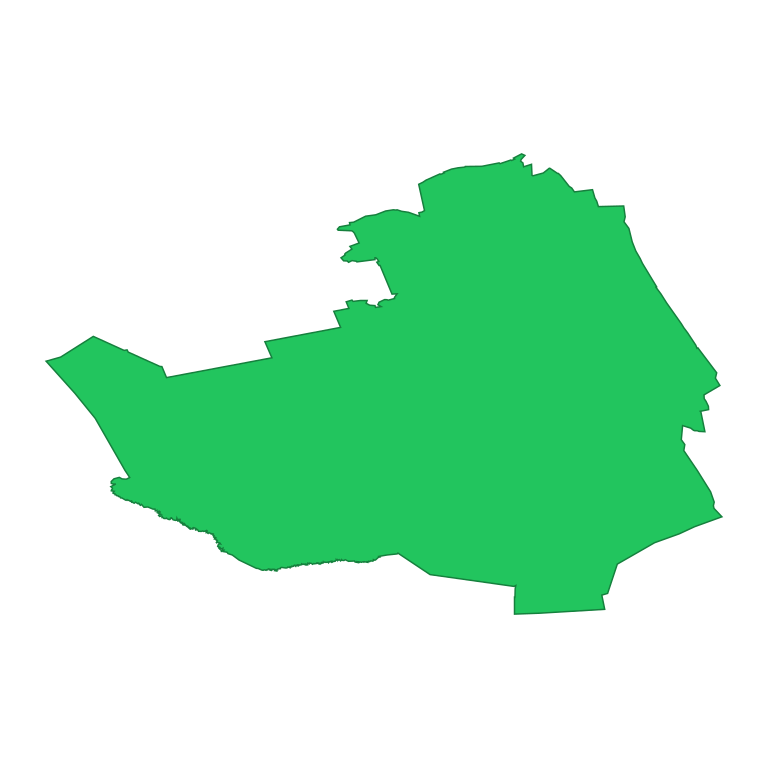 the district of Allažu pag., Siguldas, Latvia
{"feature_id": "27541924B773256443611", "entity_name": "Allažu pag.", "entity_type": "district", "adm_level": 2, "iso_a3": "LVA", "parent_name": "Latvia", "parent_adm1": "Siguldas", "projection": "equal_earth", "projection_center": [24.751, 57.056], "detail": "fine", "context": "isolated", "style": "filled", "palette": "green", "viewbox_px": 768, "rotation_deg": 0, "n_neighbors": 0, "source": "geoboundaries", "source_scale": "gbopen_adm2", "svg_char_len": 6114}
<svg xmlns="http://www.w3.org/2000/svg" viewBox="0 0 768 768"><path d="M46.1,361.2L74.9,393.3L95.2,418.3L125.0,470.4L129.7,477.5L126.3,479.2L122.1,478.9L119.3,477.4L114.0,478.8L111.2,481.5L111.3,483.5L113.6,484.1L115.8,484.0L110.8,486.6L112.4,488.1L112.4,488.9L111.4,490.1L111.3,490.8L114.2,491.3L113.1,492.6L113.1,493.3L115.0,493.8L115.0,494.7L116.2,494.9L116.6,495.6L118.3,495.9L118.5,496.5L119.7,496.6L120.6,497.9L122.0,498.0L125.4,500.0L126.2,500.3L127.0,499.6L127.9,500.4L128.6,500.2L130.2,501.2L131.3,501.0L131.1,501.5L131.8,501.7L131.8,502.2L132.9,502.0L132.5,502.3L134.2,503.2L135.5,502.2L137.9,503.7L139.2,502.9L139.0,503.2L139.4,503.8L139.4,504.5L140.5,505.3L141.5,504.4L144.0,507.3L147.9,507.0L153.0,509.1L155.0,509.1L155.3,510.9L156.9,510.4L156.8,511.0L158.5,512.3L158.4,511.9L159.1,511.1L160.1,512.0L159.5,512.8L158.0,513.0L160.6,514.2L159.5,514.4L158.6,515.4L159.7,516.5L161.3,515.9L162.2,516.3L162.0,517.5L162.8,517.5L164.0,518.5L165.8,518.5L167.1,517.8L166.7,518.3L167.2,518.8L169.2,519.6L170.1,519.4L170.5,518.1L171.5,517.8L171.6,518.5L172.4,518.7L173.1,519.8L175.6,520.4L177.4,520.1L176.6,519.8L176.9,518.2L177.4,519.5L180.1,519.3L180.2,519.9L179.7,520.7L177.7,520.5L177.8,521.0L178.8,520.8L180.0,521.8L180.6,521.9L180.3,522.5L180.6,522.8L182.0,522.6L181.8,523.0L183.0,523.3L182.5,524.0L182.9,524.9L183.8,525.0L183.2,524.5L184.2,524.6L184.5,523.8L186.5,526.2L187.7,526.1L187.9,526.4L187.4,526.7L189.0,527.5L188.4,527.6L189.8,528.9L190.4,528.5L190.6,529.1L191.7,528.7L192.9,529.1L193.2,528.6L192.9,527.9L193.7,527.6L195.9,528.5L195.3,529.1L195.6,530.0L197.5,529.6L198.6,531.3L201.4,531.4L202.8,530.9L203.4,531.4L204.8,531.2L206.7,530.4L207.2,530.9L206.0,531.6L206.8,532.1L206.4,532.6L207.2,532.6L208.1,533.4L208.5,532.9L209.7,532.9L211.2,534.0L211.5,533.6L213.1,534.0L212.8,534.4L213.8,535.4L213.2,535.7L214.1,536.9L215.3,537.5L214.5,537.8L215.1,538.1L214.8,538.7L215.4,538.5L215.9,538.9L216.0,539.7L217.2,540.0L216.5,540.1L217.3,540.6L216.9,541.0L217.2,541.8L216.4,542.4L216.7,542.8L217.4,542.3L219.9,543.0L220.4,543.8L219.1,543.3L219.3,543.7L218.1,545.0L217.7,546.5L219.6,547.2L218.9,547.8L219.0,548.4L220.2,549.4L220.7,548.3L221.7,549.0L222.9,548.2L222.7,549.9L221.2,550.8L221.4,551.4L223.9,550.4L223.4,551.6L227.0,552.2L228.0,553.6L232.3,555.0L239.0,560.0L256.3,568.3L258.2,568.5L261.6,570.0L263.1,570.3L264.3,569.8L266.1,570.3L266.4,569.8L267.6,569.9L268.3,568.9L269.9,569.2L269.6,569.9L271.4,570.5L271.7,570.3L271.2,569.7L271.8,569.3L274.4,569.3L275.2,569.6L274.6,570.6L276.7,571.0L276.4,570.0L277.5,570.0L277.3,569.4L278.2,568.9L280.4,568.7L280.4,567.8L281.6,567.4L285.7,568.0L287.0,567.9L287.9,567.0L290.1,567.7L290.1,566.7L291.5,566.9L291.9,566.1L292.6,566.5L293.6,566.2L293.7,565.6L294.5,565.2L295.4,566.0L295.4,565.4L296.1,565.3L296.9,565.9L298.0,565.5L298.5,565.9L298.7,565.7L298.0,564.8L300.4,565.0L301.6,564.7L301.7,563.8L303.0,564.4L303.9,564.0L304.4,564.5L305.5,564.1L305.6,564.9L307.0,565.0L307.3,564.9L306.3,564.3L307.5,564.4L307.9,563.1L309.3,563.9L309.7,563.1L311.4,563.4L312.6,564.3L313.9,563.5L314.4,563.8L317.0,563.4L316.9,562.9L317.5,562.8L318.5,563.1L318.4,563.5L319.2,564.1L320.1,563.3L320.6,563.8L320.7,563.4L321.9,563.2L321.8,562.6L322.9,562.9L323.2,561.9L323.6,562.6L324.7,562.0L325.9,562.4L327.9,562.1L328.5,562.8L329.2,561.7L330.0,561.9L330.6,561.4L331.8,562.4L332.0,562.3L331.5,561.6L331.9,561.1L333.3,561.6L335.2,561.2L335.2,560.8L336.1,560.4L336.2,559.6L336.6,560.1L337.3,559.6L337.6,560.2L337.7,559.8L338.6,560.1L339.2,559.6L340.6,560.9L341.6,559.6L342.0,560.3L343.9,560.5L345.2,559.7L348.5,561.3L354.5,561.0L354.9,561.9L356.0,562.2L356.4,561.6L357.7,561.7L357.2,562.4L358.2,562.6L358.2,562.0L358.7,561.8L359.3,562.4L360.0,561.9L361.4,562.3L363.2,561.7L363.9,562.2L364.3,561.7L366.9,562.2L366.6,561.8L366.9,561.6L368.6,561.9L368.7,561.3L369.9,561.5L370.6,560.9L372.7,561.1L373.3,560.8L373.4,559.6L374.8,560.2L375.6,559.9L378.6,557.2L379.7,557.0L379.0,556.4L386.9,555.0L397.2,553.9L397.9,553.1L430.1,574.6L514.0,586.4L515.8,585.5L515.2,588.7L515.0,596.2L514.9,597.3L514.5,597.2L514.5,614.1L539.4,613.2L604.7,609.3L601.8,595.1L607.6,593.4L617.3,564.1L654.6,542.7L679.3,533.8L694.6,526.7L721.9,516.8L714.0,508.4L713.4,505.7L714.2,502.1L710.6,491.8L697.3,470.5L683.8,450.6L684.8,444.6L681.3,439.7L682.6,425.6L690.7,428.1L693.5,430.3L694.7,430.7L697.2,430.7L699.0,431.4L704.9,431.7L700.9,412.0L700.3,411.3L708.6,409.6L708.4,406.3L706.0,401.3L704.2,398.7L704.0,394.9L719.9,385.5L715.4,378.2L716.7,372.8L697.9,347.9L697.0,348.3L695.8,345.2L687.6,332.8L683.9,327.9L681.3,323.7L666.6,302.9L660.9,293.9L655.8,287.1L656.0,286.6L656.5,286.6L642.4,263.3L640.2,258.6L635.8,251.0L632.2,241.8L628.9,228.4L624.0,221.8L625.2,216.8L623.7,206.0L598.4,206.6L596.7,201.1L594.9,198.0L592.5,189.7L574.4,191.9L571.7,188.0L569.2,186.4L560.7,175.6L558.3,173.4L557.5,173.4L549.9,168.3L549.2,168.3L543.3,173.0L532.9,175.8L532.0,175.3L531.5,164.3L523.6,166.8L522.9,162.9L520.6,161.2L521.2,159.4L524.9,155.4L521.6,153.9L513.5,158.1L514.7,159.1L511.6,160.5L510.9,160.0L500.0,163.7L499.2,162.9L481.9,166.3L465.2,166.5L464.8,167.1L458.1,167.8L451.5,169.1L443.6,172.2L444.2,172.9L440.7,174.4L440.0,173.9L426.1,180.1L422.8,182.3L418.7,184.3L424.5,210.6L421.9,212.1L418.9,212.7L419.6,216.3L408.5,212.3L401.6,211.3L397.0,209.8L396.2,210.1L393.3,209.8L385.6,211.0L375.8,214.8L365.6,216.2L353.6,222.2L349.5,222.6L350.0,224.9L339.5,226.8L337.4,229.2L338.1,230.2L351.7,230.8L352.9,231.5L354.3,233.0L359.1,243.0L349.9,246.4L351.9,249.1L345.6,253.1L344.7,254.2L345.0,255.1L341.0,257.8L343.6,260.8L347.2,261.0L348.6,262.3L352.0,260.6L356.6,261.3L356.9,261.9L375.0,259.6L374.9,257.8L375.7,257.7L377.1,258.9L378.8,261.4L376.8,262.2L379.1,265.5L380.1,265.5L392.0,294.1L397.1,293.8L394.4,297.5L394.6,298.5L388.1,300.2L387.0,299.7L384.6,299.6L379.1,302.2L377.9,304.7L381.1,306.6L375.5,307.4L375.0,305.6L369.7,305.2L366.1,303.3L367.1,300.5L360.5,300.5L353.0,301.4L352.0,300.1L346.2,301.8L348.9,308.4L333.8,311.3L340.6,327.4L264.9,341.7L271.9,357.8L166.5,377.6L161.9,366.6L159.8,366.4L128.2,352.1L127.1,349.9L124.1,350.4L93.3,336.4L60.6,357.1L46.1,361.2Z" fill="#22c55e" stroke="#15803d" stroke-width="1.5"/></svg>